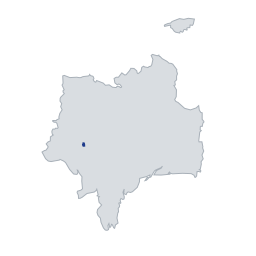 Paris highlighted on a map of France, rotated 257°
{"feature_id": "FRA-5333", "entity_name": "Paris", "entity_type": "Metropolitan department", "adm_level": 1, "iso_a3": "FRA", "parent_name": "France", "parent_adm1": "", "projection": "albers", "projection_center": [2.343, 48.859], "detail": "fine", "context": "in_parent", "style": "filled", "palette": "blue", "viewbox_px": 256, "rotation_deg": 257, "n_neighbors": 0, "source": "natural_earth", "source_scale": "10m", "svg_char_len": 3785}
<svg xmlns="http://www.w3.org/2000/svg" viewBox="0 0 256 256"><g transform="rotate(257 128 128)"><path d="M188.8,102.6L187.3,103.5L186.4,105.3L185.5,105.8L183.7,105.9L182.8,104.9L180.7,105.7L179.9,106.9L181.3,108.1L177.3,114.0L174.7,115.6L174.3,119.3L171.2,122.1L170.2,125.1L170.1,125.6L170.9,126.5L170.7,128.4L169.1,129.7L169.2,130.9L169.6,131.1L172.1,130.0L173.0,128.8L172.4,127.3L174.9,125.4L179.4,125.6L180.1,128.0L179.6,130.1L183.1,134.4L180.4,136.7L180.3,138.1L183.5,142.4L185.5,144.2L184.7,147.2L181.7,149.4L179.7,149.3L178.8,149.9L179.0,150.8L180.5,153.5L184.0,155.1L184.7,157.1L183.8,157.9L182.4,161.1L183.2,162.6L182.9,163.3L183.3,164.4L184.3,165.4L189.2,167.7L193.5,166.9L194.2,168.4L191.8,172.7L192.1,174.5L190.7,174.6L190.5,175.3L188.0,176.8L183.9,181.2L181.9,182.6L181.2,184.7L180.1,186.0L173.9,188.7L172.7,188.2L169.7,188.4L167.7,187.0L164.0,186.2L162.7,184.0L159.3,183.8L159.1,182.3L154.3,183.8L147.6,182.0L145.2,179.9L143.2,180.5L141.6,182.5L134.4,187.6L131.6,192.9L132.2,198.9L133.9,201.9L129.4,201.5L126.8,202.4L126.1,203.7L119.7,202.2L117.4,203.4L116.7,203.3L115.9,202.1L112.8,200.6L113.3,199.6L112.9,198.7L110.0,197.9L109.0,198.8L107.9,197.0L99.8,194.1L98.5,194.1L97.9,196.9L92.7,196.7L91.9,196.2L88.5,196.6L85.0,194.0L81.0,194.3L78.7,191.6L76.3,191.3L73.0,189.8L71.5,189.0L71.4,188.2L70.3,189.3L69.1,189.0L68.8,188.6L69.7,187.2L70.0,185.5L65.9,184.1L64.8,182.8L64.9,182.1L67.1,181.7L69.3,179.4L71.6,170.9L73.4,160.9L74.5,159.0L75.8,158.5L74.8,157.1L73.5,158.9L74.7,149.6L76.5,142.7L79.7,145.7L80.4,147.0L81.3,151.2L83.1,153.0L81.9,151.2L80.9,145.7L80.2,144.1L75.1,139.2L75.0,138.1L77.3,138.8L76.5,135.3L76.3,128.0L73.1,127.1L68.1,123.7L64.9,118.0L64.6,115.9L65.7,113.7L65.0,112.3L63.5,111.2L64.8,109.4L65.8,109.3L69.4,110.6L66.5,108.6L61.7,108.9L59.8,108.2L59.5,106.9L60.9,105.3L59.4,104.1L56.6,104.2L56.3,103.7L57.2,102.6L56.6,102.1L54.3,102.4L53.1,101.9L52.0,100.4L48.4,99.9L47.6,99.0L42.8,97.0L37.6,96.9L36.4,94.0L33.3,92.4L34.0,91.6L37.2,91.0L37.9,90.3L35.7,89.0L35.0,87.8L39.2,87.9L37.5,86.5L33.4,86.2L33.0,84.6L33.7,82.9L36.2,81.6L42.2,80.5L46.4,80.8L49.6,79.1L52.6,78.8L55.4,80.0L58.9,85.0L62.1,83.1L66.7,83.4L67.5,84.7L68.9,82.6L69.8,83.9L75.4,83.8L74.2,82.8L73.2,80.8L73.4,73.3L70.8,67.7L70.3,65.7L70.5,64.0L73.8,64.5L76.5,63.9L77.8,64.5L78.0,68.0L79.0,70.0L86.6,71.0L90.9,72.2L94.7,70.4L98.1,69.6L98.4,69.1L96.4,69.3L94.6,68.4L94.4,67.4L95.4,64.7L100.7,61.8L108.4,59.4L110.4,57.7L112.7,54.7L112.2,53.9L112.6,45.5L113.8,42.8L116.6,40.8L123.9,38.8L124.8,41.5L124.8,43.0L126.7,45.3L127.7,46.0L130.9,44.7L132.4,46.9L132.9,49.4L136.8,50.4L138.0,53.6L138.7,52.9L141.1,52.9L142.2,53.2L143.8,54.6L143.4,56.5L144.1,57.4L143.5,59.2L144.0,60.0L148.5,59.8L149.8,59.0L150.3,57.2L151.7,56.1L152.2,56.4L151.4,59.8L152.1,60.6L152.5,63.0L154.2,63.1L157.6,64.9L160.5,67.9L163.9,67.2L166.7,68.9L169.5,67.8L172.2,68.6L173.2,69.5L175.9,73.7L177.7,72.8L179.1,73.2L179.6,74.4L184.7,73.4L185.7,74.5L186.8,74.9L193.4,76.1L193.6,77.7L190.2,82.7L189.0,89.5L188.0,91.9L187.7,93.7L188.1,94.8L188.1,96.7L187.6,101.1L188.1,102.3L188.8,102.6ZM220.8,190.3L220.7,193.1L221.9,195.0L223.0,202.8L221.3,206.8L221.3,211.5L219.2,217.2L214.8,215.1L213.5,213.9L214.4,211.7L211.9,210.8L212.3,208.7L212.0,207.7L210.3,207.7L210.2,207.2L211.3,205.5L211.2,204.5L209.5,203.4L209.1,202.4L210.5,201.0L209.7,200.0L208.9,199.8L210.6,196.0L211.9,194.8L215.0,193.5L216.2,192.1L218.4,192.6L218.7,192.2L218.8,186.5L219.6,186.4L220.3,187.1L220.8,190.3ZM75.5,135.6L74.9,137.3L73.0,134.3L72.9,132.7L75.5,135.6Z" fill="#d9dde1" stroke="#a8b0b8" stroke-width="1"/><path d="M120.4,81.5L120.3,81.1L120.4,80.8L120.6,80.5L120.8,80.2L122.2,80.2L122.3,80.3L122.6,80.7L122.8,80.8L123.4,81.0L123.3,81.4L123.2,81.7L123.0,81.8L121.6,81.8L120.6,81.4L120.4,81.5Z" fill="#3b82f6" stroke="#1e3a8a" stroke-width="1.5"/></g></svg>